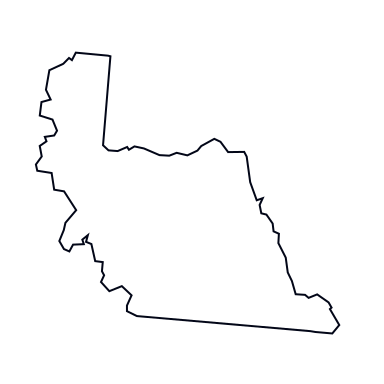 the district of Yolo, California, United States of America, rotated 185°
{"feature_id": "52423323B16290955064252", "entity_name": "Yolo", "entity_type": "district", "adm_level": 2, "iso_a3": "USA", "parent_name": "United States of America", "parent_adm1": "California", "projection": "robinson", "projection_center": [-121.864, 38.619], "detail": "fine", "context": "isolated", "style": "outline", "palette": "ink", "viewbox_px": 384, "rotation_deg": 185, "n_neighbors": 0, "source": "geoboundaries", "source_scale": "gbopen_adm2", "svg_char_len": 1201}
<svg xmlns="http://www.w3.org/2000/svg" viewBox="0 0 384 384"><g transform="rotate(185 192 192)"><path d="M61.9,63.7L56.9,63.3L39.9,63.3L33.7,72.3L44.4,87.4L42.9,89.0L46.3,93.9L58.4,100.9L66.6,96.7L70.4,99.4L79.8,99.2L84.7,112.0L89.6,120.2L92.9,134.8L101.5,148.6L101.8,158.0L107.3,159.9L108.9,167.6L115.9,176.0L121.1,176.8L123.5,185.0L121.0,192.0L126.8,189.4L134.9,206.9L140.6,232.0L143.5,236.5L159.5,234.9L168.0,244.5L174.4,246.9L186.8,238.6L190.2,233.7L199.8,228.1L210.7,229.7L217.8,226.2L227.6,225.9L243.7,231.2L253.3,232.4L258.5,228.6L260.5,231.2L269.6,226.3L278.8,226.2L284.7,230.8L285.1,320.1L287.6,320.5L319.9,320.7L323.1,312.9L326.2,314.8L331.4,308.5L344.7,300.9L346.4,281.1L340.9,271.8L349.8,268.5L350.3,254.9L337.3,252.0L331.8,241.3L334.2,236.3L343.4,234.1L341.4,229.8L347.7,224.6L344.8,214.3L349.9,205.8L348.0,199.7L333.5,198.7L329.5,182.3L319.5,181.5L305.8,163.8L315.4,150.3L316.4,142.9L319.9,131.6L314.6,124.0L309.0,122.1L305.9,129.2L295.2,130.6L297.1,135.0L292.0,139.9L293.2,133.1L287.7,131.4L282.4,114.7L274.8,114.4L274.8,105.2L272.3,101.4L274.8,94.4L265.7,86.0L253.7,92.1L243.2,83.8L246.9,73.2L246.4,67.6L236.1,63.6L61.9,63.7Z" fill="none" stroke="#020617" stroke-width="2"/></g></svg>